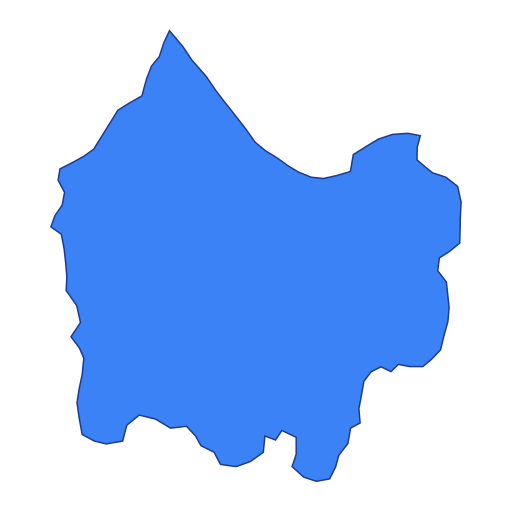 outline of Santo Antônio do Rio Abaixo, Minas Gerais, Brazil
{"feature_id": "56859067B70415979137862", "entity_name": "Santo Antônio do Rio Abaixo", "entity_type": "district", "adm_level": 2, "iso_a3": "BRA", "parent_name": "Brazil", "parent_adm1": "Minas Gerais", "projection": "mercator", "projection_center": [-43.247, -19.236], "detail": "fine", "context": "isolated", "style": "filled", "palette": "blue", "viewbox_px": 512, "rotation_deg": 0, "n_neighbors": 0, "source": "geoboundaries", "source_scale": "gbopen_adm2", "svg_char_len": 1464}
<svg xmlns="http://www.w3.org/2000/svg" viewBox="0 0 512 512"><path d="M169.5,30.7L164.1,42.1L159.3,56.6L151.5,66.1L146.5,79.0L141.9,95.9L129.7,102.8L117.9,110.2L111.0,121.4L101.5,136.6L93.8,149.1L83.8,156.3L73.3,162.1L60.0,168.9L58.1,180.1L64.6,192.4L62.1,205.3L55.0,215.6L50.9,226.9L61.4,234.3L64.1,248.8L65.8,264.0L66.8,276.9L66.2,290.6L76.8,305.7L80.5,322.6L71.0,336.7L79.5,348.1L83.8,358.2L82.2,374.5L79.1,389.2L77.0,402.8L79.1,417.6L82.2,434.5L94.4,441.1L106.2,443.9L122.6,441.1L126.8,425.2L139.2,415.1L155.6,419.1L170.5,428.1L186.5,426.3L195.6,436.0L201.0,445.7L214.1,452.3L220.5,464.4L236.1,466.6L250.4,461.5L263.3,452.3L264.9,436.0L275.5,440.0L281.9,430.5L296.2,437.3L296.2,454.2L292.1,466.6L303.7,477.1L316.4,481.3L329.6,478.9L335.6,467.0L338.8,455.3L347.9,443.5L350.6,428.1L360.1,423.0L358.9,408.5L361.2,396.7L363.9,381.3L371.1,371.8L380.9,366.8L391.0,371.6L398.3,364.4L410.1,366.6L422.8,366.6L431.5,359.3L440.6,349.7L443.7,336.7L447.9,321.5L449.1,307.5L446.4,282.0L437.7,270.8L439.4,257.8L449.1,251.7L459.7,243.1L460.1,229.7L460.3,218.5L461.1,202.0L457.6,186.4L445.8,177.2L432.5,172.8L424.6,166.4L417.0,159.9L417.2,147.3L420.3,135.7L408.0,133.3L392.5,134.4L378.6,139.0L366.6,146.2L353.3,154.6L350.4,171.5L336.1,175.7L323.4,178.5L311.2,177.2L298.7,172.2L287.7,165.6L278.0,158.5L265.7,150.9L255.2,142.3L246.0,129.3L235.5,115.7L224.5,101.9L215.8,90.5L206.2,76.4L191.9,60.1L182.8,46.5L169.5,30.7Z" fill="#3b82f6" stroke="#1e3a8a" stroke-width="1.5"/></svg>